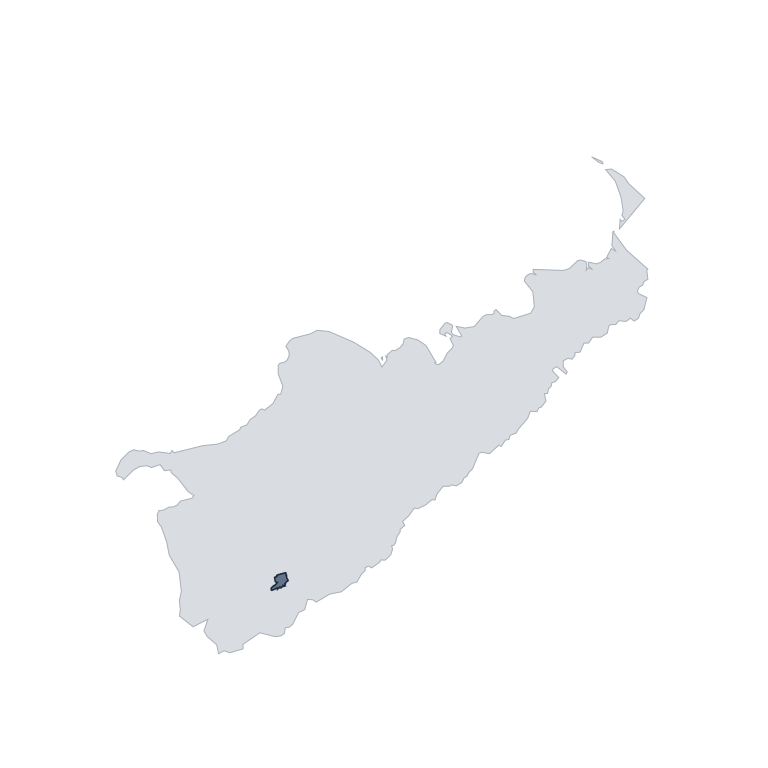 Santa María, Catamarca, Argentina (highlighted), rotated 220°
{"feature_id": "61730980B13734740101485", "entity_name": "Santa María", "entity_type": "district", "adm_level": 2, "iso_a3": "ARG", "parent_name": "Argentina", "parent_adm1": "Catamarca", "projection": "natural_earth1", "projection_center": [-66.174, -26.722], "detail": "fine", "context": "in_parent", "style": "filled", "palette": "slate", "viewbox_px": 768, "rotation_deg": 220, "n_neighbors": 0, "source": "geoboundaries", "source_scale": "gbopen_adm2", "svg_char_len": 6774}
<svg xmlns="http://www.w3.org/2000/svg" viewBox="0 0 768 768"><g transform="rotate(220 384 384)"><path d="M472.6,231.3L468.3,239.0L469.2,244.2L465.1,256.3L466.0,258.7L462.8,264.5L463.7,270.7L462.0,276.8L462.6,284.3L461.4,286.6L458.6,287.2L456.5,297.8L458.7,307.9L456.6,309.9L460.1,317.3L471.4,323.7L477.0,330.2L477.1,333.0L474.0,337.1L473.6,340.5L475.1,345.1L478.0,348.0L483.4,349.8L484.0,356.4L483.0,360.6L472.3,375.6L469.8,382.1L460.0,388.8L434.6,396.4L415.1,399.4L403.9,398.8L396.5,395.7L397.0,404.1L400.6,406.6L398.7,406.7L400.3,408.3L399.3,415.2L397.0,416.5L395.1,422.2L395.2,427.2L397.4,431.3L395.1,435.4L386.5,439.5L376.5,440.5L358.0,433.9L358.7,432.8L357.8,432.4L354.7,433.8L353.4,439.5L355.4,448.2L354.8,455.8L355.9,458.3L362.6,461.2L362.1,464.2L364.3,464.6L369.1,463.8L369.7,461.4L367.2,460.5L373.7,458.5L376.2,461.7L376.3,469.5L375.2,471.6L370.0,473.0L368.6,472.6L365.8,467.2L363.3,466.1L356.1,468.9L355.2,470.7L365.8,474.6L358.0,478.8L351.8,486.0L351.6,499.3L350.1,503.0L345.9,506.5L345.1,509.0L346.6,510.5L346.0,513.0L337.8,512.2L332.0,516.2L326.7,517.6L317.1,532.5L318.5,539.8L329.2,550.3L342.8,553.1L344.4,556.6L343.9,560.7L342.3,563.2L337.3,565.5L341.6,565.5L343.4,567.7L319.4,586.4L316.2,591.8L314.9,603.1L313.0,605.4L308.1,607.6L304.8,605.3L302.1,601.1L302.3,604.5L297.7,605.7L303.2,605.9L305.8,608.6L298.4,612.7L296.3,616.4L295.4,621.5L292.5,624.5L294.8,623.9L297.0,634.0L291.2,634.7L298.3,636.4L306.6,647.9L305.9,648.8L305.6,647.6L284.3,642.4L255.7,641.6L255.9,640.1L249.2,633.9L250.6,629.5L249.4,625.8L250.8,622.4L249.7,618.2L247.3,616.8L238.1,619.2L232.7,608.0L233.0,601.9L231.3,598.0L232.8,593.0L237.5,592.8L238.8,587.5L244.8,583.4L244.7,578.4L248.3,575.5L249.1,573.0L245.7,566.5L248.0,559.3L254.3,553.9L253.6,547.0L257.1,543.7L254.3,534.5L257.8,530.7L256.0,528.5L255.9,523.7L259.4,522.4L261.6,517.1L257.9,512.4L251.3,511.0L250.9,508.5L262.7,508.4L264.2,504.6L263.3,502.3L254.3,501.3L254.3,496.0L256.2,492.7L254.4,489.4L255.0,486.3L252.6,481.8L254.9,479.7L248.9,475.0L248.7,467.3L250.0,465.3L249.1,461.1L254.4,457.2L251.8,449.8L252.1,435.4L251.1,431.6L254.4,425.7L252.7,421.8L255.0,418.9L253.9,411.6L256.7,411.0L258.5,398.3L265.3,394.5L266.7,392.0L261.7,376.0L262.1,369.9L261.1,367.2L262.3,363.6L261.1,358.5L263.1,352.4L267.7,349.9L268.1,347.8L273.0,343.6L272.6,333.3L270.4,328.0L272.9,326.1L274.4,318.2L278.0,310.0L281.1,308.5L280.3,299.1L281.4,290.5L277.2,289.0L278.2,282.9L276.7,281.4L275.8,275.0L273.0,269.4L272.8,266.8L274.3,265.2L271.3,263.0L269.1,257.7L269.5,252.9L270.0,249.7L273.3,247.3L272.7,245.0L275.3,235.1L278.7,234.6L280.4,231.1L278.6,229.2L279.0,223.3L277.4,214.8L280.5,210.6L283.1,197.4L290.6,188.0L295.7,173.3L299.8,173.0L304.1,169.8L299.7,160.2L302.5,154.1L299.5,141.4L300.4,136.6L302.9,133.8L300.0,129.0L300.9,125.0L304.9,120.5L319.2,113.6L324.7,93.9L321.7,90.5L329.4,78.9L335.0,76.9L337.3,71.0L344.5,76.7L357.0,76.9L363.2,79.1L367.7,90.6L374.2,75.3L391.5,74.7L395.0,80.3L401.5,86.5L406.0,95.0L420.2,108.3L438.4,114.8L449.5,123.7L462.5,131.3L468.9,133.0L473.9,138.4L475.0,142.3L472.0,145.4L469.7,151.3L466.2,154.7L464.6,158.5L464.7,163.3L457.8,172.9L457.9,176.3L464.9,175.6L481.5,179.3L489.6,179.3L492.2,180.9L496.6,176.5L503.7,178.3L508.4,170.5L513.1,169.0L518.1,163.7L520.6,157.1L522.0,143.1L524.7,144.0L529.3,142.1L533.5,144.9L536.7,156.7L535.6,168.1L533.5,172.7L528.4,175.2L525.6,178.4L517.6,180.9L513.2,186.9L503.1,193.4L503.7,196.8L500.5,196.5L483.4,220.0L472.6,231.3ZM303.5,693.8L303.3,654.1L308.9,661.9L306.2,661.4L305.4,665.1L310.1,666.0L312.3,670.6L322.4,679.4L337.2,688.1L352.0,690.7L347.9,694.9L333.4,697.0L324.8,694.7L303.5,693.8ZM357.8,693.3L362.3,691.8L371.0,691.5L359.5,694.7L357.8,693.3ZM402.9,402.1L402.7,403.8L400.1,401.1L402.9,402.1Z" fill="#d9dde1" stroke="#a8b0b8" stroke-width="1"/><path d="M339.2,155.6L339.3,155.4L339.2,155.2L338.9,154.8L338.7,154.7L338.6,154.3L338.4,154.0L338.3,153.9L338.2,153.9L337.9,153.8L337.8,153.7L337.7,153.7L337.5,153.9L337.4,153.9L337.4,154.0L337.2,154.1L337.0,154.3L337.0,154.5L336.9,154.7L336.8,154.8L336.7,154.9L336.6,155.0L336.4,155.3L336.3,155.5L336.2,155.6L336.1,155.9L336.1,156.0L336.0,156.4L336.0,156.5L335.9,156.6L335.7,156.7L335.7,156.8L335.6,157.0L335.6,157.3L335.5,157.5L335.4,157.6L335.3,157.8L335.2,157.9L335.1,158.0L335.1,158.3L335.0,158.7L335.0,158.8L334.9,159.1L334.3,158.8L334.2,158.7L333.9,158.5L333.8,158.4L333.7,158.3L333.7,158.5L333.6,158.8L333.6,159.1L333.5,159.5L333.6,159.8L333.5,160.0L333.4,160.1L333.4,160.3L333.3,160.5L333.2,160.5L333.2,160.8L333.4,160.9L333.4,161.0L333.5,161.1L333.5,161.4L333.4,161.5L333.2,161.7L332.9,161.5L332.7,161.3L332.4,161.3L332.2,161.3L332.0,161.5L332.1,161.8L331.9,161.8L331.7,161.9L331.7,162.1L331.7,162.3L331.7,162.5L331.7,162.8L331.6,163.0L331.6,163.3L331.5,163.5L331.4,163.8L331.4,164.0L331.6,164.3L331.3,164.2L331.1,164.2L331.1,164.3L331.0,164.5L331.2,164.8L331.0,165.1L330.9,165.0L330.7,164.9L330.4,165.1L330.5,165.3L330.4,165.4L330.2,165.4L330.2,165.5L330.3,165.6L330.2,165.7L330.3,165.7L330.3,165.8L330.3,166.0L330.5,166.0L330.4,166.1L330.6,166.3L330.7,166.5L330.8,166.6L330.9,166.8L331.0,166.9L331.1,167.0L331.3,167.1L331.0,167.3L331.1,167.5L331.1,167.8L331.3,167.9L331.4,168.1L331.6,168.3L331.6,168.5L331.5,168.8L331.5,169.0L331.6,169.3L331.7,169.5L331.6,169.9L331.6,170.1L331.4,170.4L331.3,170.5L331.2,170.7L331.0,170.9L331.1,171.0L331.2,171.3L331.3,171.4L331.4,171.5L331.3,171.8L331.3,172.0L331.5,172.2L333.7,172.8L335.8,174.9L336.1,174.5L337.7,176.3L337.8,176.3L337.9,176.2L338.0,176.0L338.1,175.9L338.3,175.9L338.3,175.7L338.5,175.5L338.5,175.4L338.6,175.2L338.7,174.9L338.9,174.9L338.9,174.7L339.0,174.6L339.3,174.4L339.6,174.3L339.5,174.1L339.7,173.9L339.7,173.7L339.8,173.5L339.8,173.4L339.9,173.2L340.0,173.1L340.2,172.9L340.3,172.7L340.5,172.6L340.7,172.4L340.8,172.3L341.0,172.3L341.0,172.2L341.2,171.9L341.3,171.6L341.2,171.6L341.2,171.4L341.3,171.3L341.4,171.1L341.5,171.0L341.6,170.9L341.8,170.7L342.0,170.7L342.2,170.4L342.2,170.2L342.4,169.9L342.5,169.9L342.6,169.7L342.7,169.4L342.7,169.2L342.8,169.2L343.0,169.1L343.1,168.8L343.1,168.7L343.1,168.4L342.9,168.4L342.8,168.1L342.7,168.1L342.5,167.9L342.4,167.8L342.4,167.7L342.5,167.7L342.5,167.3L342.5,167.2L342.8,166.9L342.7,166.7L342.8,166.6L343.0,166.4L343.0,166.2L343.1,165.9L343.1,165.7L343.4,165.6L343.5,165.6L343.5,165.4L340.2,162.7L338.4,163.2L338.2,163.2L338.1,163.3L338.1,163.2L338.2,162.7L338.0,162.3L338.0,162.2L338.2,161.9L338.1,161.6L338.2,161.4L338.1,161.2L338.2,160.8L338.2,160.7L338.0,160.4L338.0,160.2L338.3,159.9L338.4,159.7L338.3,159.3L338.3,159.2L338.3,158.9L338.5,158.8L338.7,158.7L338.8,158.7L338.9,158.4L339.0,158.2L339.0,157.9L339.0,157.6L339.0,157.3L338.9,157.1L338.9,156.8L338.9,156.7L339.0,156.3L339.0,156.2L339.3,156.0L339.3,155.9L339.2,155.7L339.2,155.6Z" fill="#64748b" stroke="#1e293b" stroke-width="1.5"/></g></svg>